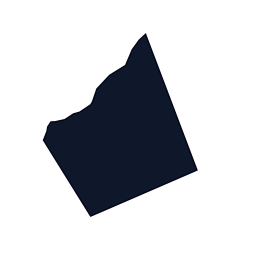 the district of 10 Ramadan 1, Al Qahirah, Egypt, rotated 16°
{"feature_id": "37247803B47496652532681", "entity_name": "10 Ramadan 1", "entity_type": "district", "adm_level": 2, "iso_a3": "EGY", "parent_name": "Egypt", "parent_adm1": "Al Qahirah", "projection": "orthographic", "projection_center": [31.717, 30.222], "detail": "fine", "context": "isolated", "style": "filled", "palette": "ink", "viewbox_px": 256, "rotation_deg": 16, "n_neighbors": 0, "source": "geoboundaries", "source_scale": "gbopen_adm2", "svg_char_len": 402}
<svg xmlns="http://www.w3.org/2000/svg" viewBox="0 0 256 256"><g transform="rotate(16 128 128)"><path d="M50.2,163.0L114.4,221.1L116.4,222.9L205.8,149.4L119.0,33.1L116.7,37.0L114.6,40.5L110.6,51.5L108.5,68.5L95.9,82.4L87.4,99.0L86.7,112.8L85.8,116.0L77.2,126.2L71.8,129.5L65.0,137.4L56.4,142.1L52.3,143.5L50.6,149.0L51.1,153.6L50.2,163.0Z" fill="#0f172a" stroke="#020617" stroke-width="1.5"/></g></svg>